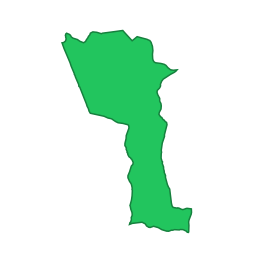 Teculután, Zacapa, Guatemala, rotated 16°
{"feature_id": "79465075B78410714598363", "entity_name": "Teculután", "entity_type": "district", "adm_level": 2, "iso_a3": "GTM", "parent_name": "Guatemala", "parent_adm1": "Zacapa", "projection": "natural_earth1", "projection_center": [-89.766, 15.065], "detail": "fine", "context": "isolated", "style": "filled", "palette": "green", "viewbox_px": 256, "rotation_deg": 16, "n_neighbors": 0, "source": "geoboundaries", "source_scale": "gbopen_adm2", "svg_char_len": 2611}
<svg xmlns="http://www.w3.org/2000/svg" viewBox="0 0 256 256"><g transform="rotate(16 128 128)"><path d="M211.2,188.3L209.1,188.6L207.7,188.8L207.1,188.9L206.3,189.2L205.7,189.6L205.2,190.0L203.8,191.0L202.9,191.4L202.1,191.4L201.5,191.4L201.0,191.3L200.4,191.2L200.0,191.1L199.4,191.0L198.5,191.0L197.7,191.1L197.4,191.5L193.3,191.9L191.8,190.7L190.4,188.2L184.9,175.2L183.3,173.8L181.5,171.6L177.6,165.1L177.2,163.4L174.9,160.5L174.8,159.6L173.5,157.5L172.9,155.6L170.7,152.6L170.5,151.0L170.0,150.8L168.1,147.8L167.0,143.4L167.0,142.2L166.1,140.2L165.1,133.1L165.4,125.9L164.9,124.6L164.6,114.1L163.5,112.0L162.0,111.6L160.7,110.5L159.3,110.2L157.6,108.6L156.2,108.2L153.9,106.3L153.8,104.1L154.5,100.7L153.9,97.6L152.9,95.4L151.1,93.5L150.3,90.8L147.4,87.8L145.9,85.4L145.9,83.5L147.2,81.2L147.7,79.2L147.5,77.8L147.1,77.1L147.5,73.6L148.5,71.1L149.2,70.4L154.0,64.8L156.9,62.0L158.3,60.3L159.1,58.6L155.6,60.0L152.8,60.3L149.7,59.0L147.2,57.3L145.2,56.8L141.8,56.9L136.5,57.7L134.9,57.3L133.5,56.1L132.6,54.5L131.2,50.4L130.6,46.8L129.0,42.8L126.5,39.2L124.8,37.9L123.6,37.8L121.8,37.5L117.1,37.6L111.6,37.7L109.2,41.2L107.9,43.0L98.6,37.3L96.1,35.7L85.9,40.2L77.3,43.9L76.4,44.7L71.7,44.6L67.7,45.3L65.7,47.2L65.6,49.1L64.7,50.9L64.7,51.8L63.6,55.0L63.5,55.9L63.2,56.7L61.8,58.3L57.9,57.9L55.0,56.9L50.4,56.8L48.4,56.1L47.2,54.8L46.0,54.2L42.9,53.8L42.3,54.7L42.3,56.3L42.8,56.7L42.9,57.6L43.9,59.2L44.0,60.1L43.9,61.8L42.9,63.1L42.6,63.6L41.1,64.3L44.6,69.2L54.3,81.2L56.3,84.2L61.3,90.4L61.7,91.4L62.7,92.2L63.2,93.2L68.6,99.8L69.4,101.6L70.3,101.9L78.2,112.2L81.3,116.2L82.8,118.5L84.4,120.1L86.0,122.6L87.7,124.2L101.8,123.3L105.8,123.9L109.7,123.7L114.2,125.2L117.0,125.7L121.8,125.0L126.7,124.9L127.7,125.2L128.7,126.9L128.9,128.2L128.4,135.8L129.1,138.7L129.3,143.6L129.9,145.8L131.9,147.6L132.0,148.8L133.8,151.1L133.9,151.9L134.7,152.2L134.9,153.1L135.7,154.2L137.1,155.5L138.7,156.0L139.4,156.8L140.2,157.0L142.5,159.7L142.7,161.6L141.7,163.7L141.6,169.5L141.1,173.9L141.7,175.9L144.2,178.9L146.4,180.7L147.4,182.3L148.6,184.6L148.8,186.0L149.4,186.9L150.6,192.0L151.2,196.3L151.3,202.1L151.7,202.5L153.1,205.3L155.2,208.2L156.1,210.7L155.8,213.2L156.5,215.1L156.5,217.9L156.0,218.3L156.0,220.3L158.4,218.5L167.5,214.7L171.1,215.4L172.8,217.0L175.3,217.7L176.7,217.5L179.7,215.4L184.6,215.4L188.5,216.4L193.4,216.5L195.6,216.0L198.0,214.2L199.2,213.9L200.7,212.9L205.5,211.8L206.1,211.2L206.9,211.0L208.9,210.5L212.5,211.1L213.7,211.9L214.9,211.7L214.9,210.8L213.4,204.8L212.2,201.7L212.0,199.6L212.5,193.4L212.3,191.5L211.2,188.3Z" fill="#22c55e" stroke="#15803d" stroke-width="1.5"/></g></svg>